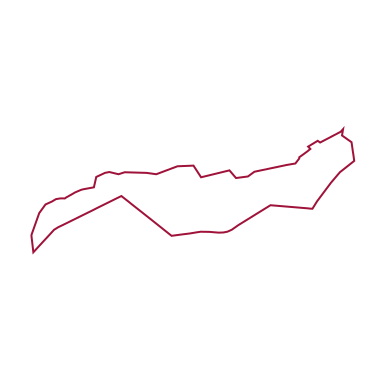 the district of Reifi Nahr Atbara, Kassala, Sudan, rotated 263°
{"feature_id": "16777658B85894147141116", "entity_name": "Reifi Nahr Atbara", "entity_type": "district", "adm_level": 2, "iso_a3": "SDN", "parent_name": "Sudan", "parent_adm1": "Kassala", "projection": "natural_earth1", "projection_center": [35.419, 15.73], "detail": "fine", "context": "isolated", "style": "outline", "palette": "rose", "viewbox_px": 384, "rotation_deg": 263, "n_neighbors": 0, "source": "geoboundaries", "source_scale": "gbopen_adm2", "svg_char_len": 1263}
<svg xmlns="http://www.w3.org/2000/svg" viewBox="0 0 384 384"><g transform="rotate(263 192 192)"><path d="M151.5,27.2L160.2,37.4L166.1,44.4L167.2,45.7L171.4,50.6L171.5,50.9L172.0,52.0L173.3,54.8L175.2,60.4L183.6,84.4L185.6,90.2L187.9,96.5L191.5,106.8L194.7,115.9L195.8,119.1L196.6,121.4L189.7,128.3L187.9,130.0L176.7,141.1L169.3,148.4L152.5,164.9L151.0,166.4L151.1,176.0L151.1,184.7L151.4,191.8L151.5,195.8L151.1,198.6L150.5,203.0L150.3,204.4L148.4,213.6L148.0,218.3L148.3,222.4L149.7,226.9L153.5,234.0L161.1,250.5L164.3,257.4L169.3,268.3L161.7,304.8L161.1,307.3L160.7,309.5L167.4,314.9L184.3,331.1L193.6,341.2L203.1,356.8L210.2,356.7L212.0,356.6L218.5,356.5L222.0,356.4L229.8,347.8L236.0,349.6L233.7,347.0L225.5,325.2L227.5,323.0L226.6,321.0L222.9,312.8L220.3,314.7L218.0,311.0L215.7,306.9L213.4,302.7L212.2,302.5L207.7,298.1L207.3,289.4L204.5,256.4L200.6,249.4L200.5,237.4L208.9,231.8L205.5,202.8L218.0,196.7L219.3,180.7L214.0,158.7L216.5,149.3L219.8,127.6L218.6,121.2L221.9,112.4L221.6,108.0L218.6,98.8L208.6,95.2L208.4,91.8L207.9,83.7L207.6,82.0L206.3,77.5L205.7,75.5L205.0,74.0L201.8,66.2L201.1,65.0L201.7,60.7L201.5,56.1L199.6,51.8L197.5,45.1L189.7,37.8L179.5,32.7L169.3,27.6L168.0,27.3L151.5,27.2Z" fill="none" stroke="#9f1239" stroke-width="2"/></g></svg>